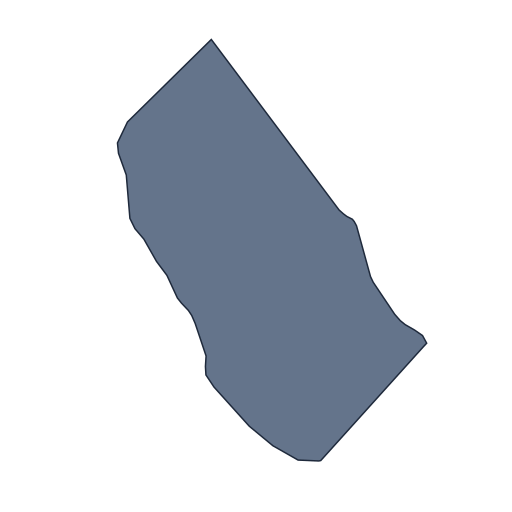 an SVG outline of Balaka, rotated 132°
{"feature_id": "MWI-1915", "entity_name": "Balaka", "entity_type": "District", "adm_level": 1, "iso_a3": "MWI", "parent_name": "Malawi", "parent_adm1": "", "projection": "natural_earth1", "projection_center": [35.116, -15.04], "detail": "fine", "context": "isolated", "style": "filled", "palette": "slate", "viewbox_px": 512, "rotation_deg": 132, "n_neighbors": 0, "source": "natural_earth", "source_scale": "10m", "svg_char_len": 655}
<svg xmlns="http://www.w3.org/2000/svg" viewBox="0 0 512 512"><g transform="rotate(132 256 256)"><path d="M307.8,379.8L282.6,406.6L271.7,426.9L264.7,434.6L242.4,441.2L125.0,434.1L166.2,225.1L166.2,219.5L165.8,214.9L164.2,209.0L164.7,206.0L166.3,201.5L194.7,157.1L197.1,151.3L206.5,114.0L207.5,105.6L207.2,99.3L204.9,88.5L203.7,79.0L206.6,70.8L212.0,70.9L364.7,71.0L366.3,72.2L379.5,88.2L385.7,116.4L387.0,147.0L381.5,199.5L377.9,213.6L372.0,219.6L363.7,226.2L346.8,256.1L343.2,264.0L341.7,269.8L340.9,279.8L339.8,286.3L330.0,309.2L326.6,326.3L318.5,350.6L316.7,364.2L312.4,374.9L307.8,379.8Z" fill="#64748b" stroke="#1e293b" stroke-width="1.5"/></g></svg>